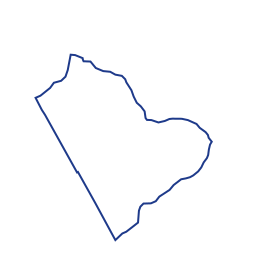 Benton, Washington, United States of America (Mercator projection), rotated 331°
{"feature_id": "52423323B67037278576088", "entity_name": "Benton", "entity_type": "district", "adm_level": 2, "iso_a3": "USA", "parent_name": "United States of America", "parent_adm1": "Washington", "projection": "mercator", "projection_center": [-119.362, 46.282], "detail": "fine", "context": "isolated", "style": "outline", "palette": "blue", "viewbox_px": 256, "rotation_deg": 331, "n_neighbors": 0, "source": "geoboundaries", "source_scale": "gbopen_adm2", "svg_char_len": 1001}
<svg xmlns="http://www.w3.org/2000/svg" viewBox="0 0 256 256"><g transform="rotate(331 128 128)"><path d="M61.8,56.8L61.4,70.3L61.8,76.3L61.9,142.2L62.9,142.2L63.0,177.9L62.6,219.9L71.9,217.5L76.2,217.9L90.9,215.6L97.5,205.6L100.7,202.8L104.9,201.6L111.5,205.0L116.8,205.5L122.1,203.2L124.7,203.0L134.4,202.3L140.3,200.0L149.6,198.6L154.1,200.1L158.4,201.1L162.1,201.1L168.3,200.0L173.0,198.0L177.5,194.8L182.4,192.6L185.0,190.5L188.1,186.3L188.5,185.8L188.7,185.6L191.7,182.3L194.6,180.6L193.8,175.7L194.5,172.9L193.9,169.3L190.8,162.6L189.9,157.7L184.2,150.1L180.3,146.7L179.5,146.0L171.4,141.4L168.6,140.2L163.6,139.7L157.3,137.9L152.3,132.4L148.5,130.1L148.2,127.8L150.6,121.5L149.7,115.3L147.9,110.2L148.2,103.3L149.3,96.6L148.7,87.3L149.2,84.0L147.9,79.4L142.8,75.2L139.7,70.2L133.9,66.2L128.9,59.9L127.4,51.7L121.5,48.1L121.7,46.2L122.2,44.9L117.1,38.6L113.4,36.1L103.4,48.1L98.2,52.8L92.4,54.3L85.1,52.5L79.3,55.2L67.1,57.3L61.8,56.8Z" fill="none" stroke="#1e3a8a" stroke-width="2"/></g></svg>